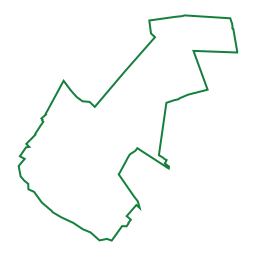 Savinesti, Neamt, Romania
{"feature_id": "2599482B38400448964387", "entity_name": "Savinesti", "entity_type": "district", "adm_level": 2, "iso_a3": "ROU", "parent_name": "Romania", "parent_adm1": "Neamt", "projection": "mercator", "projection_center": [26.487, 46.871], "detail": "fine", "context": "isolated", "style": "outline", "palette": "green", "viewbox_px": 256, "rotation_deg": 0, "n_neighbors": 0, "source": "geoboundaries", "source_scale": "gbopen_adm2", "svg_char_len": 1290}
<svg xmlns="http://www.w3.org/2000/svg" viewBox="0 0 256 256"><path d="M111.7,240.6L113.3,238.4L122.1,226.1L126.6,226.3L128.6,223.3L128.4,222.8L130.9,219.7L126.7,216.1L136.4,205.0L139.7,208.0L138.7,204.3L137.8,201.3L133.9,196.3L118.7,174.3L118.8,174.1L119.5,173.2L125.8,161.6L127.7,157.9L129.8,154.6L130.7,153.8L133.1,152.3L135.5,150.7L137.3,148.2L168.7,168.5L169.0,166.6L164.9,163.5L166.6,160.1L165.1,159.4L162.7,157.5L158.9,155.2L166.4,102.8L174.5,100.1L178.7,99.2L179.3,98.4L188.0,94.7L207.6,89.7L193.5,50.9L237.2,52.5L237.3,52.1L233.3,28.9L232.8,28.8L232.4,28.4L232.3,28.0L232.6,26.9L232.1,24.1L232.1,23.2L231.5,22.2L230.3,18.3L184.6,15.4L182.3,16.1L174.8,16.9L149.3,20.5L151.0,33.5L155.0,37.2L124.2,72.2L94.8,106.9L89.6,101.9L82.5,101.3L76.8,97.1L73.0,92.9L70.5,90.0L63.6,80.8L46.6,112.2L45.6,114.0L46.0,114.5L43.7,116.5L41.4,118.5L42.6,119.8L42.2,120.6L43.3,121.7L41.4,124.6L41.2,124.7L35.4,133.6L35.1,134.3L35.4,134.7L26.3,143.9L27.3,144.9L28.2,145.9L29.0,146.7L29.2,146.9L28.5,147.0L27.6,147.2L26.1,147.3L25.0,148.9L19.9,156.3L24.7,158.9L20.6,163.7L18.7,166.0L20.6,176.4L24.5,180.9L28.2,183.8L28.4,189.3L34.0,191.8L41.8,202.5L51.5,210.8L52.9,212.4L61.7,217.5L73.3,222.9L82.8,229.2L90.5,232.4L99.5,240.4L107.0,238.9L111.7,240.6Z" fill="none" stroke="#15803d" stroke-width="2"/></svg>